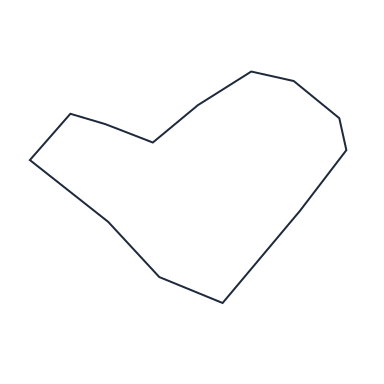 the state/province of Safi, rotated 174°
{"feature_id": "MLT-5971", "entity_name": "Safi", "entity_type": "state/province", "adm_level": 1, "iso_a3": "MLT", "parent_name": "Malta", "parent_adm1": "", "projection": "orthographic", "projection_center": [14.491, 35.832], "detail": "fine", "context": "isolated", "style": "outline", "palette": "slate", "viewbox_px": 384, "rotation_deg": 174, "n_neighbors": 0, "source": "natural_earth", "source_scale": "10m", "svg_char_len": 329}
<svg xmlns="http://www.w3.org/2000/svg" viewBox="0 0 384 384"><g transform="rotate(174 192 192)"><path d="M120.5,305.6L79.2,291.7L37.8,250.0L34.1,217.5L86.7,161.9L173.2,78.4L233.4,110.8L278.5,171.1L349.9,240.7L304.8,282.5L271.0,268.5L225.8,245.3L177.0,277.8L120.5,305.6Z" fill="none" stroke="#1e293b" stroke-width="2"/></g></svg>